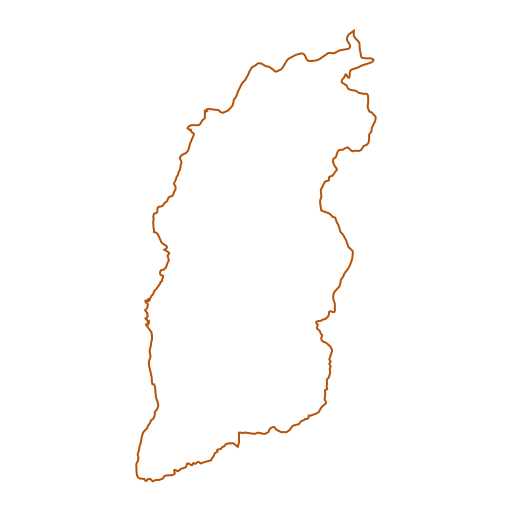 an SVG outline of Shanxi
{"feature_id": "CHN-1805", "entity_name": "Shanxi", "entity_type": "Province", "adm_level": 1, "iso_a3": "CHN", "parent_name": "China", "parent_adm1": "", "projection": "equal_earth", "projection_center": [112.547, 37.663], "detail": "fine", "context": "isolated", "style": "outline", "palette": "amber", "viewbox_px": 512, "rotation_deg": 0, "n_neighbors": 0, "source": "natural_earth", "source_scale": "10m", "svg_char_len": 6034}
<svg xmlns="http://www.w3.org/2000/svg" viewBox="0 0 512 512"><path d="M353.9,30.7L353.7,35.0L354.0,36.3L356.3,39.3L358.0,40.9L359.0,42.4L359.5,43.9L359.7,48.6L361.2,56.7L361.8,57.6L362.3,57.9L366.7,58.4L370.1,58.2L373.2,59.3L373.5,60.0L373.5,60.6L372.6,61.6L370.3,62.8L361.5,65.6L358.5,67.3L351.2,69.8L350.4,70.6L349.9,72.4L349.6,76.3L349.1,77.7L348.0,77.5L347.3,76.6L346.6,74.8L345.6,74.4L343.9,77.8L342.2,79.5L341.7,80.7L341.7,81.8L342.3,82.8L346.4,85.3L348.0,88.4L349.1,89.3L350.6,89.9L356.0,90.8L358.7,92.8L363.9,93.9L366.3,93.7L367.1,94.1L367.9,95.3L368.1,96.4L368.2,101.9L367.7,105.7L368.0,108.5L369.6,111.8L371.2,112.2L372.1,112.8L373.3,114.5L374.4,115.2L375.5,116.7L375.7,117.6L375.1,121.2L371.8,127.8L371.4,131.6L369.7,133.6L369.1,135.0L369.1,139.7L368.5,142.7L367.0,144.6L363.7,146.1L361.0,150.1L359.0,150.9L355.0,150.7L352.7,151.3L351.2,150.6L347.9,147.5L347.4,147.4L345.4,148.1L342.3,149.8L339.4,150.0L338.2,150.8L337.2,153.0L336.2,156.4L335.8,157.0L333.5,158.7L332.8,161.0L333.7,163.9L335.1,166.6L336.8,168.8L336.8,169.8L332.6,175.6L329.4,176.8L329.0,177.6L328.9,180.1L328.3,180.7L326.1,181.2L324.9,181.8L320.9,189.6L320.8,190.9L321.4,196.7L320.4,199.6L320.0,201.9L321.2,210.3L322.3,211.0L328.8,213.2L330.6,214.5L332.7,216.9L335.2,217.6L336.7,222.1L338.7,225.8L340.1,230.8L340.8,232.4L342.8,234.3L346.2,240.5L348.4,246.9L352.5,250.8L352.9,252.9L352.1,259.2L349.9,265.4L348.1,268.6L344.4,273.5L343.3,276.4L341.4,279.1L340.8,280.2L340.3,283.7L339.3,286.6L336.1,290.0L334.2,292.2L333.6,293.6L333.2,296.4L333.3,298.2L333.6,300.3L334.7,303.2L334.8,304.3L334.9,310.1L334.6,311.7L333.3,312.2L330.6,311.2L329.5,311.5L329.1,312.2L328.7,315.3L328.2,316.2L325.5,319.0L322.7,319.6L321.4,320.6L320.0,321.0L317.5,321.2L316.4,321.8L316.1,322.7L317.8,324.9L317.0,327.4L317.0,328.5L319.9,331.2L320.8,333.7L322.2,335.3L321.4,337.6L321.3,338.8L321.6,340.1L322.7,341.4L325.4,342.5L326.9,343.4L330.3,346.6L332.0,349.6L332.0,351.1L329.3,359.4L330.6,361.5L330.3,362.3L329.5,363.1L329.3,363.9L330.6,366.2L329.7,369.1L330.2,371.7L330.1,372.6L328.9,377.2L328.5,377.9L327.1,379.0L326.8,379.8L327.1,383.5L326.6,386.5L327.2,389.3L325.1,390.1L324.9,391.6L325.3,393.7L324.6,399.5L325.9,401.7L326.0,403.0L325.2,404.1L322.5,406.2L320.8,408.2L319.2,411.4L318.1,412.5L316.0,413.7L310.3,415.7L308.7,415.6L308.5,417.6L307.6,418.7L306.5,419.1L305.2,418.9L303.9,420.1L301.3,421.2L300.1,422.3L299.1,423.9L298.6,424.2L293.0,425.7L291.2,427.5L289.8,429.9L286.4,432.2L281.1,432.1L276.3,429.7L274.6,427.4L273.6,426.9L271.7,427.6L269.9,428.7L268.4,432.1L265.2,433.8L263.2,433.8L258.2,432.6L254.5,433.9L244.5,432.5L242.6,433.1L240.1,432.5L238.9,432.7L239.1,442.1L237.8,446.8L233.2,443.2L230.9,443.5L229.9,443.0L229.0,443.5L226.0,444.0L224.2,446.3L222.3,447.0L221.0,448.8L217.8,449.6L217.1,450.4L217.5,451.7L214.8,453.3L213.3,456.9L212.1,457.9L211.3,460.0L210.7,460.4L203.0,462.5L200.9,463.5L198.6,461.9L197.2,462.3L195.3,463.9L193.7,463.0L193.1,463.3L192.4,465.0L191.8,465.2L188.1,463.4L187.1,463.7L186.2,466.7L185.4,467.4L180.7,469.0L178.6,470.9L177.7,471.3L175.4,469.9L174.2,470.2L174.8,473.6L172.6,475.1L166.0,475.5L164.7,476.0L163.7,476.9L163.3,478.1L162.7,478.5L159.3,479.9L155.7,480.0L152.6,481.3L150.5,479.1L148.7,478.9L147.4,479.4L146.6,480.8L145.9,480.9L145.3,480.6L144.0,478.9L139.6,478.5L138.0,477.3L137.0,475.3L136.5,471.2L136.3,465.0L136.6,463.2L137.7,461.3L138.3,459.0L138.3,456.6L137.6,454.3L138.1,453.2L139.1,449.4L139.5,446.4L140.6,443.4L142.1,435.4L143.3,432.4L144.2,431.1L147.1,428.2L148.3,425.2L149.1,424.6L151.2,420.1L152.8,419.1L154.1,417.5L155.0,413.6L154.7,412.3L157.3,408.9L158.3,405.7L157.8,402.7L155.9,397.1L155.1,387.0L154.1,384.4L152.4,384.2L151.8,380.8L151.7,377.3L149.0,365.3L148.9,362.1L149.2,360.5L150.2,357.8L150.5,356.3L149.7,351.6L149.7,350.0L150.8,345.9L151.1,342.6L151.9,340.0L152.1,337.0L151.6,333.1L151.3,332.0L146.1,324.9L146.3,324.2L147.9,324.6L148.5,323.8L149.0,322.1L148.9,321.0L147.7,321.6L147.4,320.1L147.7,320.1L146.6,319.6L145.5,318.6L145.6,318.2L146.6,318.1L147.6,316.3L147.8,315.5L147.0,314.0L147.4,313.1L145.5,310.9L145.1,310.0L146.6,308.8L147.6,306.6L147.9,304.4L147.3,303.4L146.0,302.4L145.4,301.5L145.4,300.7L146.3,300.4L148.4,301.2L149.4,300.4L147.9,300.0L147.9,299.4L150.3,298.2L151.3,296.0L153.0,294.5L154.1,291.4L154.6,290.6L156.4,288.9L160.1,283.6L160.6,281.8L161.8,281.3L162.1,280.7L162.2,279.3L163.1,276.9L163.1,275.8L160.8,275.0L160.1,274.1L160.0,272.9L160.3,271.3L161.3,270.1L163.7,269.7L166.0,267.5L167.8,262.2L168.8,260.8L168.2,257.7L167.6,256.2L167.7,255.2L169.2,253.7L168.4,252.2L164.3,249.7L166.5,248.3L167.0,247.3L166.4,245.9L162.7,243.6L161.5,242.4L158.0,234.6L157.3,233.7L155.6,232.4L153.9,232.0L153.9,228.7L153.5,227.9L153.2,222.1L153.7,218.1L153.2,216.6L153.9,214.0L154.2,213.6L155.9,213.3L157.1,212.2L157.7,207.8L158.3,207.1L159.1,206.7L161.5,206.4L162.8,205.6L164.7,202.9L167.0,201.2L168.5,197.7L169.5,196.7L171.8,196.2L172.9,195.4L173.9,192.2L175.4,189.7L175.6,186.5L174.2,184.5L174.0,183.5L175.9,179.3L176.5,177.2L178.0,174.9L178.4,172.6L180.1,169.3L180.9,164.3L181.4,163.1L181.5,162.1L179.8,157.9L181.0,155.7L182.5,154.7L186.2,152.9L187.8,151.1L188.7,148.8L190.1,143.5L193.9,134.5L193.8,133.6L191.6,132.1L191.1,130.2L190.7,129.6L189.8,130.2L187.5,128.2L188.9,126.3L190.5,125.4L192.5,125.1L197.1,125.3L198.9,125.0L200.3,123.9L202.0,120.7L204.7,118.3L204.9,117.3L204.9,110.8L206.5,111.4L207.0,111.2L206.2,110.1L206.5,109.4L208.5,108.9L218.6,110.1L220.4,112.0L222.8,112.8L228.0,110.6L232.4,105.8L233.1,103.8L233.9,99.6L236.1,96.6L237.8,91.9L241.9,83.5L245.5,79.6L248.5,73.9L249.2,72.0L251.8,67.5L255.8,65.1L258.3,63.2L261.3,63.5L265.6,66.1L269.1,66.8L273.4,69.8L274.8,71.3L275.6,71.6L276.6,71.5L281.1,69.4L282.6,67.7L287.0,60.4L288.4,58.8L295.8,54.9L301.1,53.4L303.1,53.7L304.4,54.7L305.0,55.6L306.6,59.3L307.6,60.4L308.8,60.9L310.3,61.1L315.0,60.6L317.7,60.0L319.4,59.2L328.0,53.2L329.2,52.9L332.8,53.3L334.5,53.0L339.9,50.3L348.0,48.9L349.3,48.2L350.1,46.8L350.0,45.2L347.4,40.8L347.0,39.3L347.1,37.9L347.5,36.4L348.9,34.3L353.9,30.7Z" fill="none" stroke="#b45309" stroke-width="2"/></svg>